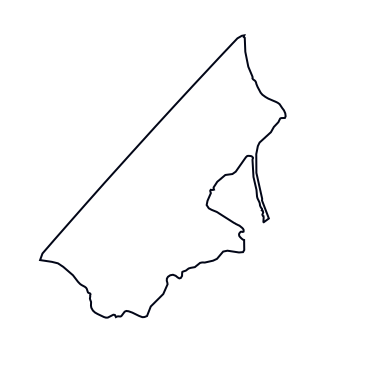 map outline of Kaliningrad (Albers equal-area conic projection), rotated 129°
{"feature_id": "RUS-2324", "entity_name": "Kaliningrad", "entity_type": "Region", "adm_level": 1, "iso_a3": "RUS", "parent_name": "Russia", "parent_adm1": "", "projection": "albers", "projection_center": [21.339, 54.816], "detail": "fine", "context": "isolated", "style": "outline", "palette": "ink", "viewbox_px": 384, "rotation_deg": 129, "n_neighbors": 0, "source": "natural_earth", "source_scale": "10m", "svg_char_len": 2553}
<svg xmlns="http://www.w3.org/2000/svg" viewBox="0 0 384 384"><g transform="rotate(129 192 192)"><path d="M206.6,114.5L209.4,117.4L215.3,127.5L218.7,130.3L228.2,130.5L232.1,132.4L238.7,137.6L240.4,139.8L242.0,141.1L248.6,142.5L251.8,145.3L253.6,146.5L257.0,147.3L259.3,148.8L260.2,149.2L261.0,148.8L263.5,146.9L265.9,146.6L267.1,147.5L267.4,149.3L267.4,152.0L268.3,154.7L270.4,156.5L273.0,157.3L275.1,157.0L276.9,155.7L277.9,154.2L279.1,152.9L289.4,150.1L291.1,150.3L306.9,152.0L316.7,148.9L319.0,150.2L319.6,150.8L320.5,151.8L321.6,155.1L323.3,162.5L324.6,166.2L325.8,168.2L327.4,169.0L332.7,168.8L333.6,169.1L334.2,169.8L334.9,170.9L335.9,171.9L337.1,172.4L336.1,174.6L336.9,175.9L342.6,178.4L343.8,179.8L344.6,181.8L346.2,188.5L346.7,191.5L346.5,194.4L345.3,197.4L343.9,199.0L341.0,201.2L339.7,203.4L339.0,204.3L337.3,205.3L336.3,206.2L335.5,206.4L335.2,206.7L335.0,207.5L335.3,208.3L335.5,209.0L335.5,209.7L333.5,212.8L333.1,214.0L333.1,215.6L333.8,219.4L333.9,221.2L333.5,224.2L331.6,232.1L331.2,244.9L331.8,251.3L334.5,257.0L340.5,267.2L333.9,269.5L315.8,268.9L293.4,268.0L266.6,266.9L239.9,265.7L198.2,263.5L163.9,261.6L136.1,259.9L108.4,258.1L71.3,255.5L51.5,254.0L44.0,253.4L39.3,251.6L37.3,249.9L39.0,249.3L39.0,248.0L49.5,238.8L59.2,227.1L64.3,217.6L64.8,217.0L65.2,216.8L65.5,216.7L65.9,215.9L66.0,215.1L65.9,213.2L66.0,212.5L66.5,211.3L67.5,210.0L69.0,207.3L71.6,201.2L72.1,198.5L71.9,194.6L71.4,191.4L69.0,182.9L68.7,181.3L68.6,179.2L70.0,174.7L70.7,171.9L72.2,169.0L74.2,166.9L76.0,166.4L78.4,169.2L79.5,169.7L83.4,168.8L89.9,169.3L95.8,168.3L111.0,170.6L114.9,169.7L122.1,165.9L136.6,154.0L153.2,133.1L154.5,132.3L164.2,115.6L170.3,117.2L170.3,117.7L166.8,120.2L165.8,121.2L166.0,121.8L165.4,123.0L163.1,123.8L162.2,125.0L162.4,126.2L161.4,126.5L161.0,127.1L160.8,128.2L160.3,129.5L159.7,130.6L158.1,132.3L157.4,133.5L155.7,137.1L154.6,138.6L149.8,143.2L141.6,153.7L129.3,164.9L128.4,165.6L127.5,165.8L126.9,166.3L126.7,167.7L126.9,168.6L127.6,169.8L128.5,171.0L129.2,171.7L131.0,172.0L148.7,170.8L152.6,171.9L157.8,176.8L168.1,178.8L174.8,178.1L175.9,177.1L176.3,176.4L177.3,177.1L178.2,178.2L178.5,178.8L179.6,178.6L180.2,177.9L180.6,177.2L181.1,176.6L189.1,174.4L192.9,172.4L194.1,168.7L193.5,165.5L191.9,160.2L189.6,140.0L189.3,138.7L189.3,138.1L188.5,134.5L188.3,134.1L188.3,130.4L188.5,129.1L189.0,128.0L190.3,127.0L191.1,127.4L191.7,128.5L192.3,129.1L193.6,129.2L194.7,129.1L195.7,128.5L196.5,127.4L196.8,126.0L197.0,124.0L196.9,122.1L196.5,121.3L204.2,114.9L206.6,114.5Z" fill="none" stroke="#020617" stroke-width="2"/></g></svg>